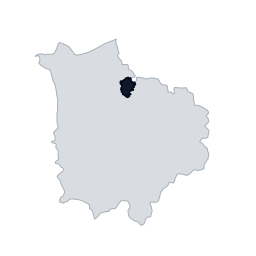 Iwye, Grodno, Belarus (highlighted), rotated 78°
{"feature_id": "67162791B89656925241953", "entity_name": "Iwye", "entity_type": "district", "adm_level": 2, "iso_a3": "BLR", "parent_name": "Belarus", "parent_adm1": "Grodno", "projection": "orthographic", "projection_center": [25.918, 54.018], "detail": "fine", "context": "in_parent", "style": "filled", "palette": "ink", "viewbox_px": 256, "rotation_deg": 78, "n_neighbors": 0, "source": "geoboundaries", "source_scale": "gbopen_adm2", "svg_char_len": 6417}
<svg xmlns="http://www.w3.org/2000/svg" viewBox="0 0 256 256"><g transform="rotate(78 128 128)"><path d="M210.0,179.7L206.1,179.8L201.3,180.2L198.8,182.3L195.8,181.6L193.8,182.8L189.5,188.3L187.8,191.2L186.3,195.6L185.4,198.8L186.2,201.0L187.2,203.0L187.5,205.2L188.1,206.9L187.0,208.2L186.4,210.1L184.3,209.9L181.8,208.3L181.1,205.8L179.1,204.2L177.8,203.3L175.7,203.3L172.5,204.3L168.2,205.2L165.0,205.5L163.2,206.5L160.6,207.5L159.6,206.5L158.0,203.7L156.7,200.9L155.8,199.7L155.1,199.4L154.2,199.5L153.2,200.5L152.5,201.4L149.9,202.6L148.7,203.7L147.5,206.4L146.6,206.2L145.7,205.6L144.5,202.7L143.1,202.1L140.8,202.2L138.0,201.6L135.7,200.8L134.8,201.1L133.5,202.3L132.0,202.6L128.8,201.6L128.2,202.1L126.4,205.4L125.5,205.5L125.0,205.1L125.2,202.3L123.3,201.4L120.1,201.3L117.9,201.7L116.8,201.7L116.3,201.1L113.5,196.4L112.0,196.2L109.5,196.4L105.7,195.9L101.3,194.9L98.9,194.5L97.6,193.5L95.0,193.1L87.7,191.2L84.8,190.8L80.5,190.8L73.9,190.3L69.7,190.5L67.7,191.1L65.4,191.5L57.6,191.9L54.8,192.4L53.9,193.3L53.0,195.5L49.6,199.2L46.4,201.6L45.8,201.8L44.0,200.4L42.5,199.9L40.7,199.7L39.4,200.1L38.6,200.7L38.6,203.6L38.4,203.9L37.2,200.4L37.4,197.3L38.2,195.5L39.2,193.9L38.9,191.5L39.9,188.4L40.0,186.1L39.6,185.1L38.9,183.9L36.9,182.5L36.1,181.5L33.4,180.1L30.7,178.3L30.3,177.3L30.4,176.6L31.0,175.6L33.1,172.6L35.5,169.6L36.9,168.5L44.6,164.9L45.8,163.6L46.2,161.3L46.2,156.7L45.9,152.5L45.4,149.6L44.1,144.1L40.6,132.8L38.7,121.1L40.1,121.8L43.6,122.2L46.5,121.5L47.9,121.4L49.2,121.7L52.9,121.2L53.8,122.2L55.4,123.2L58.6,121.9L61.5,120.3L64.5,120.6L64.9,119.8L65.7,115.7L66.6,114.8L70.1,115.2L71.5,114.5L72.8,112.5L74.9,111.2L76.7,111.3L78.5,109.9L79.4,110.8L79.8,112.5L79.2,113.9L79.4,114.4L80.7,115.1L82.8,115.1L84.2,114.5L84.5,113.7L84.5,112.3L84.2,111.0L83.3,109.9L81.6,109.3L80.4,109.3L80.2,108.5L80.6,107.0L81.7,104.1L83.0,101.6L83.8,100.6L83.9,99.7L83.8,98.2L83.7,95.4L84.9,91.4L86.4,88.5L88.5,87.5L91.0,87.0L92.6,85.6L93.4,84.0L94.1,81.5L94.9,80.9L100.9,81.2L101.8,78.7L102.3,78.0L103.5,77.2L104.3,76.3L104.0,75.6L102.4,75.2L98.8,74.8L98.1,74.0L98.3,73.0L99.2,70.4L100.1,67.0L100.6,64.4L100.6,62.9L101.1,62.4L104.0,61.9L105.0,61.4L107.5,57.8L109.4,57.2L114.3,58.0L116.6,57.9L119.4,58.1L119.7,57.7L120.6,54.2L125.3,48.4L127.8,46.4L129.4,45.9L130.0,46.0L132.7,48.9L133.3,49.0L135.0,47.7L138.0,47.5L139.4,48.5L141.6,52.0L142.6,52.4L145.4,50.3L147.0,49.5L148.1,49.5L153.7,52.0L154.1,52.9L154.2,54.0L153.5,57.3L154.8,59.3L156.2,60.6L158.9,58.2L159.9,57.5L161.1,57.4L162.5,56.5L163.6,55.2L164.6,54.7L166.7,54.9L170.3,54.3L174.7,56.1L175.1,56.6L177.4,58.8L178.2,60.0L178.9,60.3L180.1,61.3L181.7,61.9L182.8,61.7L183.3,62.0L183.8,62.9L184.0,64.4L184.1,68.7L182.8,71.1L182.6,72.0L182.8,72.9L184.1,74.7L185.9,77.5L186.4,79.2L186.5,80.5L184.6,84.4L183.9,85.3L183.6,87.2L183.4,89.0L183.6,89.8L187.5,92.5L190.3,94.0L191.0,94.7L191.1,95.2L189.9,98.5L189.8,99.4L192.1,100.5L193.4,102.5L194.7,105.8L197.1,108.9L205.2,113.1L205.9,113.9L206.3,114.9L206.2,117.2L205.1,121.5L206.5,122.0L209.9,121.6L214.2,121.7L219.4,124.3L219.6,125.6L219.2,126.9L219.6,128.2L220.3,129.2L225.0,132.2L225.5,133.1L225.7,134.7L225.7,135.9L224.5,136.3L223.2,137.0L221.2,138.6L220.5,140.7L217.1,143.9L215.0,145.3L213.3,145.5L209.0,145.3L207.4,144.1L206.7,142.8L205.1,142.4L202.9,142.5L200.0,143.0L199.4,143.4L199.0,145.0L198.0,147.8L197.2,149.3L201.4,154.3L203.4,156.3L204.1,157.6L204.2,158.6L203.4,159.8L203.7,162.0L205.8,164.8L205.2,165.3L205.3,168.9L205.6,172.8L206.2,173.7L207.2,174.4L208.2,175.7L209.9,178.9L210.0,179.7Z" fill="#d9dde1" stroke="#a8b0b8" stroke-width="1"/><path d="M84.7,111.7L84.8,111.7L85.0,111.9L84.9,112.1L84.6,112.2L84.4,112.5L84.5,112.9L84.9,113.2L85.0,113.4L84.8,113.8L85.0,114.0L85.0,114.4L84.9,114.5L84.7,114.5L84.2,114.6L83.9,114.3L83.4,114.3L83.3,114.5L83.1,114.9L83.0,115.2L82.7,115.1L82.4,115.4L82.0,115.5L81.8,115.3L81.6,115.1L81.2,115.0L81.0,114.8L80.7,114.8L80.0,115.2L79.7,115.2L79.5,115.3L79.5,115.5L79.6,115.8L79.5,116.0L79.6,116.3L79.7,116.5L79.8,116.7L79.8,116.8L79.6,116.9L79.4,117.0L79.1,116.9L78.8,117.0L78.6,117.1L78.5,117.3L78.5,117.6L78.7,117.9L78.8,118.1L79.0,118.2L79.1,118.5L78.9,118.7L78.7,118.8L78.7,119.1L78.8,119.3L78.9,119.8L78.9,120.1L79.2,120.2L79.5,120.3L79.7,120.5L79.7,120.8L79.7,121.0L79.8,121.1L80.1,121.3L80.2,121.5L80.0,121.8L80.1,122.1L80.3,122.1L80.6,122.3L80.6,122.5L80.6,122.9L80.6,123.0L80.8,123.1L81.0,123.2L81.1,123.3L81.2,123.6L81.1,123.8L81.0,124.0L80.8,124.2L80.7,124.4L80.7,124.6L80.7,124.8L80.8,124.9L80.8,125.0L80.7,125.2L80.7,125.4L80.9,125.5L81.0,125.6L81.1,125.8L81.2,126.0L81.4,126.1L81.8,126.0L81.9,125.8L82.0,125.6L82.2,125.4L82.4,125.2L82.7,125.2L82.8,125.3L82.8,125.6L82.8,125.8L82.8,126.0L83.1,126.3L83.3,126.2L83.4,125.9L83.5,125.8L83.6,125.7L83.8,125.6L83.9,125.4L84.0,125.2L84.2,124.8L84.3,125.0L84.5,125.3L84.7,125.1L84.9,125.1L85.2,125.1L85.3,125.3L85.5,125.5L86.0,125.5L86.5,125.6L86.9,125.8L87.0,125.9L87.2,126.0L87.3,126.1L87.4,126.3L87.4,126.5L87.6,126.6L87.9,126.7L88.1,126.7L88.3,126.7L88.5,126.8L88.8,126.9L88.9,126.7L89.0,126.6L89.5,126.6L89.9,126.7L90.0,126.7L90.2,126.9L90.4,126.9L90.6,126.9L90.9,126.8L91.2,126.8L91.4,126.8L91.5,126.7L91.9,126.4L92.0,126.3L92.3,126.2L92.5,126.2L92.9,126.1L93.2,126.1L93.4,126.1L93.9,126.1L93.9,125.9L94.3,125.8L94.3,125.5L94.3,125.2L94.2,125.0L94.1,124.9L94.3,124.7L94.5,124.7L94.8,124.4L95.1,124.4L95.3,124.6L95.6,124.3L95.8,124.1L96.0,123.8L96.4,123.8L96.6,123.7L96.9,123.6L96.9,123.4L96.6,123.0L96.6,122.8L96.7,122.7L96.9,122.6L97.3,122.5L97.5,122.4L97.9,122.3L98.0,122.1L98.0,121.7L97.9,121.3L97.7,121.0L97.5,120.7L97.3,120.4L97.3,120.2L97.0,120.3L96.8,120.4L96.6,120.5L96.3,120.7L96.2,120.8L95.9,120.8L95.8,120.6L95.9,120.4L96.0,120.2L96.0,119.9L95.9,119.5L95.9,119.1L95.9,118.8L95.8,118.5L95.6,118.3L95.4,118.3L95.1,118.5L94.9,118.6L94.5,118.9L94.1,119.1L93.7,119.3L93.4,119.4L93.0,119.4L92.9,119.3L92.7,119.0L92.5,118.7L92.4,118.4L92.4,118.0L92.3,117.6L92.2,117.2L92.1,116.7L91.8,116.2L91.9,115.7L92.1,115.1L91.9,114.9L91.7,115.1L91.4,114.9L91.3,115.0L91.2,115.0L91.3,115.3L91.4,115.6L91.3,115.8L91.0,115.8L90.6,115.9L90.2,115.7L89.9,115.5L89.7,115.4L89.5,115.0L89.5,114.8L89.6,114.5L89.5,114.3L89.4,114.0L89.3,113.8L89.3,113.7L89.1,113.7L88.9,113.7L88.9,113.4L88.6,113.3L88.3,113.2L88.2,113.0L88.0,112.8L87.9,112.8L87.6,112.8L87.4,112.6L87.3,112.4L87.0,112.5L86.8,112.4L86.8,112.1L86.8,111.7L86.3,111.7L85.6,111.7L84.7,111.7Z" fill="#0f172a" stroke="#020617" stroke-width="1.5"/></g></svg>